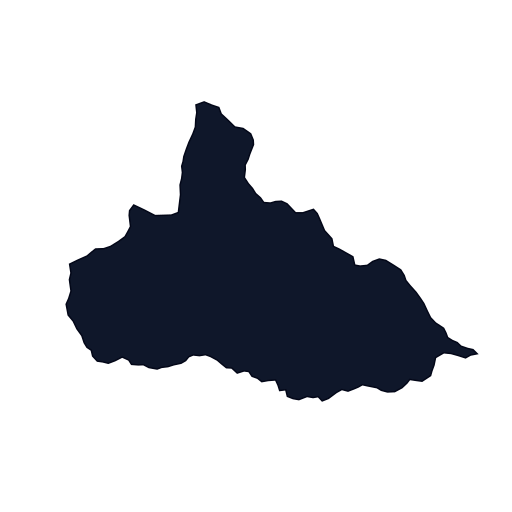 the district of Pedranópolis, São Paulo, Brazil, rotated 78°
{"feature_id": "56859067B55609177592280", "entity_name": "Pedranópolis", "entity_type": "district", "adm_level": 2, "iso_a3": "BRA", "parent_name": "Brazil", "parent_adm1": "São Paulo", "projection": "mercator", "projection_center": [-50.105, -20.203], "detail": "fine", "context": "isolated", "style": "filled", "palette": "ink", "viewbox_px": 512, "rotation_deg": 78, "n_neighbors": 0, "source": "geoboundaries", "source_scale": "gbopen_adm2", "svg_char_len": 2273}
<svg xmlns="http://www.w3.org/2000/svg" viewBox="0 0 512 512"><g transform="rotate(78 256 256)"><path d="M397.6,60.0L392.7,63.2L390.5,68.1L386.8,74.3L382.5,77.2L379.5,81.5L375.6,85.5L370.8,86.2L365.7,87.5L358.8,94.3L352.6,98.1L345.5,99.9L337.5,101.7L331.9,103.9L324.8,107.0L316.8,111.6L311.1,114.5L305.8,115.1L299.7,117.3L293.7,123.3L287.3,130.0L284.6,136.0L285.6,143.0L288.3,149.0L287.5,156.3L285.4,161.3L276.9,161.4L266.6,173.1L262.7,178.3L254.9,178.2L245.4,183.7L232.8,186.1L227.2,187.3L222.3,190.1L223.5,201.2L222.0,208.3L211.4,214.8L207.7,219.7L206.8,225.5L207.2,230.9L205.3,237.3L200.1,239.5L194.8,243.4L189.2,245.4L183.6,248.5L176.8,251.1L169.2,248.5L164.7,247.7L159.7,243.6L155.1,241.0L146.5,235.3L142.0,234.6L135.4,235.8L128.6,242.1L125.4,249.9L118.4,254.5L109.8,260.5L103.0,261.5L99.1,268.1L94.5,274.7L95.7,283.3L103.5,284.1L109.8,286.5L117.3,288.5L123.5,292.4L130.8,297.9L136.7,301.7L143.7,305.9L148.5,307.7L152.7,310.0L159.0,310.6L164.8,312.6L170.7,315.5L180.4,317.1L197.3,322.9L198.4,330.3L196.5,340.8L195.5,346.3L187.8,355.7L180.7,365.0L185.3,370.2L189.9,371.6L201.1,372.6L205.7,376.4L209.9,380.1L213.3,387.7L216.4,396.3L217.2,403.4L215.8,411.5L218.0,415.9L220.9,421.3L223.0,431.2L225.2,440.0L234.2,440.5L240.3,443.4L247.2,443.9L251.8,444.2L258.6,448.0L263.7,451.7L274.7,452.0L281.7,448.3L290.0,446.3L297.7,442.9L305.1,442.1L310.2,440.3L313.9,436.7L319.9,436.6L325.8,433.1L327.7,427.9L330.2,422.8L329.1,415.7L327.0,407.9L331.3,402.1L336.1,400.3L338.0,393.8L338.9,388.7L342.8,384.0L346.0,376.2L345.3,371.5L345.9,365.1L345.3,359.1L345.3,351.6L343.7,346.6L340.6,342.8L339.7,338.0L341.7,332.0L342.0,325.9L344.8,321.4L349.8,315.5L354.3,312.1L359.1,308.2L360.5,303.0L366.6,298.7L365.9,291.6L367.5,287.0L372.8,284.9L375.9,279.9L380.1,276.5L380.3,270.1L381.3,262.6L387.1,261.3L392.5,260.8L393.0,254.7L399.8,254.5L403.2,249.4L405.4,243.9L404.0,235.3L406.3,229.6L406.5,224.4L411.5,221.4L410.4,214.8L406.2,205.7L404.4,199.8L407.3,194.1L406.3,187.8L405.4,183.2L404.0,178.7L406.1,174.1L410.0,165.0L413.4,161.4L416.3,155.7L417.5,148.5L415.2,140.6L411.7,134.8L408.7,131.3L411.0,125.2L413.0,119.6L409.3,110.1L404.9,107.8L399.8,104.6L392.7,101.5L389.7,92.4L391.9,85.5L395.3,79.0L399.2,72.2L397.5,66.8L397.6,60.0Z" fill="#0f172a" stroke="#020617" stroke-width="1.5"/></g></svg>